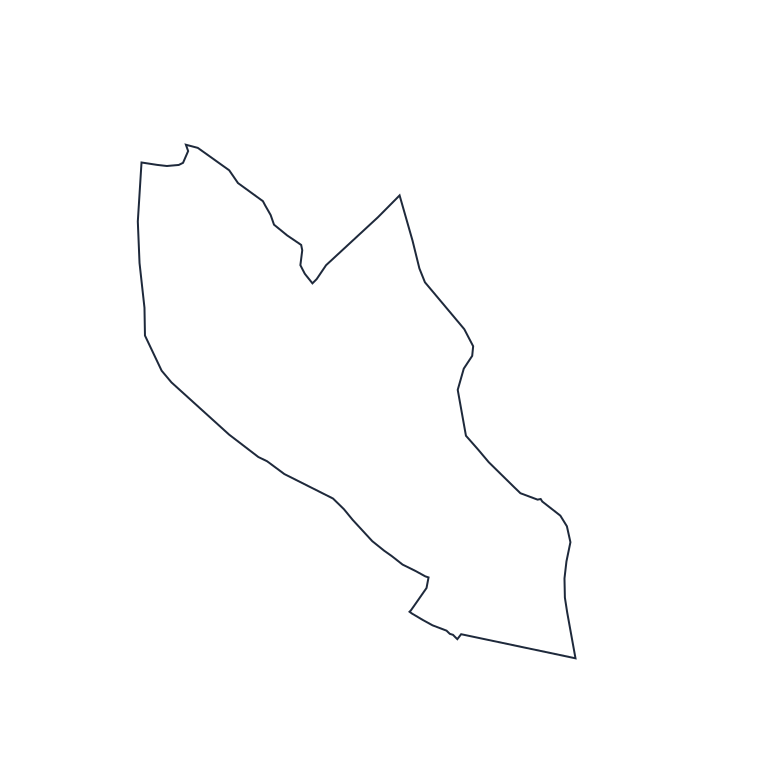 the district of Gamaliyya, Ad Daqahliyah, Egypt, rotated 314°
{"feature_id": "37247803B61815005603813", "entity_name": "Gamaliyya", "entity_type": "district", "adm_level": 2, "iso_a3": "EGY", "parent_name": "Egypt", "parent_adm1": "Ad Daqahliyah", "projection": "mercator", "projection_center": [31.849, 31.206], "detail": "fine", "context": "isolated", "style": "outline", "palette": "slate", "viewbox_px": 768, "rotation_deg": 314, "n_neighbors": 0, "source": "geoboundaries", "source_scale": "gbopen_adm2", "svg_char_len": 1188}
<svg xmlns="http://www.w3.org/2000/svg" viewBox="0 0 768 768"><g transform="rotate(314 384 384)"><path d="M530.5,264.2L499.7,263.8L429.2,259.8L412.7,262.7L406.7,262.6L408.0,252.5L408.3,250.4L409.8,245.9L411.4,241.3L423.4,232.3L426.5,227.8L423.6,211.0L422.2,194.2L426.8,185.1L429.9,174.5L431.4,169.9L427.1,139.4L430.2,124.2L424.5,86.0L418.5,75.3L415.5,81.3L403.5,85.8L399.0,84.2L392.1,78.2L390.0,76.4L384.1,68.7L374.9,55.7L329.9,94.0L301.2,124.1L272.4,158.8L252.8,178.4L239.1,214.8L237.5,230.0L240.0,307.8L244.2,344.4L247.2,353.5L250.0,374.9L266.2,426.9L266.1,442.1L264.5,455.8L262.8,484.7L264.2,500.0L265.6,509.1L267.0,522.8L271.4,536.6L274.3,547.3L275.8,550.4L266.8,556.3L248.8,559.2L239.8,560.6L237.9,560.6L238.3,563.6L241.2,575.8L244.1,586.5L250.0,600.3L250.0,604.9L251.5,607.9L251.4,611.0L251.4,614.0L257.6,613.3L292.1,668.3L319.7,712.3L346.9,674.5L356.0,662.5L369.5,648.9L383.1,638.5L399.7,628.0L408.7,614.4L411.8,602.3L409.4,579.5L410.1,576.6L407.5,574.8L400.2,558.0L400.2,548.8L400.5,513.8L402.2,497.4L403.7,478.9L431.0,441.1L450.5,430.7L465.5,427.9L473.1,421.9L479.2,403.7L485.6,342.8L491.7,329.2L506.9,305.0L530.5,264.2Z" fill="none" stroke="#1e293b" stroke-width="2"/></g></svg>